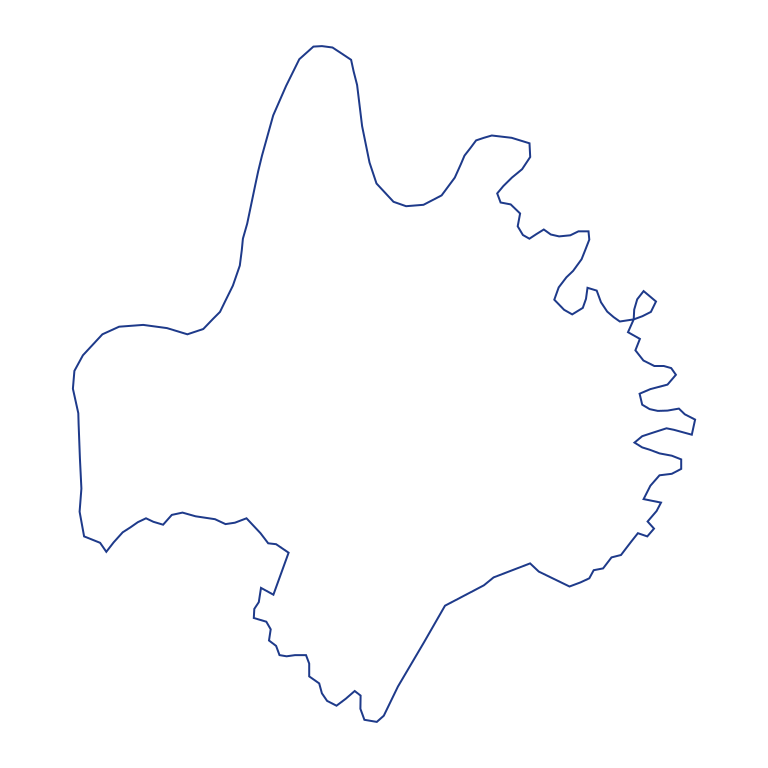 Alecrim, Rio Grande do Sul, Brazil (Robinson projection)
{"feature_id": "56859067B981200421316", "entity_name": "Alecrim", "entity_type": "district", "adm_level": 2, "iso_a3": "BRA", "parent_name": "Brazil", "parent_adm1": "Rio Grande do Sul", "projection": "robinson", "projection_center": [-54.76, -27.646], "detail": "fine", "context": "isolated", "style": "outline", "palette": "blue", "viewbox_px": 768, "rotation_deg": 0, "n_neighbors": 0, "source": "geoboundaries", "source_scale": "gbopen_adm2", "svg_char_len": 2487}
<svg xmlns="http://www.w3.org/2000/svg" viewBox="0 0 768 768"><path d="M633.7,319.4L619.8,321.5L613.6,317.1L607.2,311.6L601.0,302.3L596.7,290.6L587.5,287.8L586.0,298.8L582.8,307.9L572.2,314.4L564.1,309.8L554.3,299.7L558.7,287.4L566.4,277.3L573.1,270.9L581.6,259.2L585.1,250.4L589.3,239.6L588.5,231.3L578.5,231.3L570.3,235.3L559.1,236.4L550.8,234.5L543.8,229.5L536.4,234.1L529.4,238.7L522.9,235.0L517.7,226.3L520.1,213.5L510.7,204.4L500.6,202.5L497.2,193.4L503.3,186.1L511.9,177.6L522.1,169.2L530.2,157.0L529.5,143.3L511.6,137.8L491.8,135.5L483.9,137.8L476.1,140.4L470.2,148.3L464.5,155.6L460.8,164.3L454.8,177.6L441.6,195.4L423.5,204.8L406.1,206.2L393.5,201.8L376.5,183.5L369.5,162.5L362.1,126.1L357.1,85.0L353.6,71.3L351.1,59.8L332.5,47.5L321.9,46.1L313.4,46.6L299.3,59.2L286.1,85.9L273.2,115.4L262.0,155.6L258.2,171.2L255.4,184.3L247.2,223.6L242.9,238.7L241.8,250.1L239.8,265.6L232.9,285.6L225.0,301.6L220.0,311.9L213.0,318.9L203.3,329.0L187.4,334.3L167.0,328.1L143.2,324.9L119.1,326.7L102.4,334.3L82.9,355.3L74.4,370.9L72.9,388.7L78.3,413.2L78.6,423.7L79.9,458.0L81.4,488.6L79.6,511.7L84.1,536.4L100.1,542.8L106.3,551.8L113.7,542.3L122.7,532.3L130.5,527.3L137.8,522.2L146.0,518.3L153.4,521.8L163.1,524.7L171.8,514.9L182.5,512.6L195.6,516.3L215.0,519.2L225.5,524.1L234.9,522.7L246.5,518.3L260.5,533.2L268.2,543.3L276.1,544.2L288.6,552.7L273.4,594.7L261.0,587.9L258.8,602.1L254.3,608.9L253.8,618.0L266.3,621.7L270.7,629.3L269.0,640.5L276.1,645.9L279.5,655.1L286.6,656.3L295.2,655.1L306.0,655.1L309.2,663.6L309.2,676.4L319.2,683.4L321.9,693.3L327.1,700.9L336.5,705.7L345.7,698.8L354.7,691.0L360.6,695.6L360.4,708.8L364.4,719.8L376.8,721.9L383.8,715.7L397.9,686.6L424.0,642.3L445.0,605.7L483.9,585.3L493.6,577.4L530.1,563.4L538.8,571.6L569.5,586.5L580.5,582.4L589.3,578.3L593.7,570.2L603.1,568.4L611.5,557.4L621.0,555.0L626.4,547.9L631.4,541.4L637.9,533.2L647.3,536.4L654.0,528.6L647.6,521.5L656.6,511.0L661.0,502.6L643.6,499.1L650.4,485.7L659.5,475.3L671.8,473.8L681.2,468.9L681.2,459.4L671.8,455.7L659.5,453.4L649.6,449.7L642.2,447.4L634.5,442.6L642.2,436.2L652.5,432.8L666.5,428.3L673.9,429.8L691.8,434.7L695.1,419.6L684.8,414.3L678.9,408.6L667.5,410.6L657.8,410.9L649.6,409.1L642.2,404.7L639.6,393.7L650.4,389.1L667.5,384.6L675.9,374.8L671.2,368.1L663.8,366.0L654.3,366.0L643.4,360.5L635.4,350.3L639.9,338.9L628.0,332.2L633.7,319.4ZM633.7,319.4L642.4,316.2L650.9,311.9L656.0,301.5L643.6,291.1L637.2,299.3L634.2,309.6L633.7,319.4Z" fill="none" stroke="#1e3a8a" stroke-width="2"/></svg>